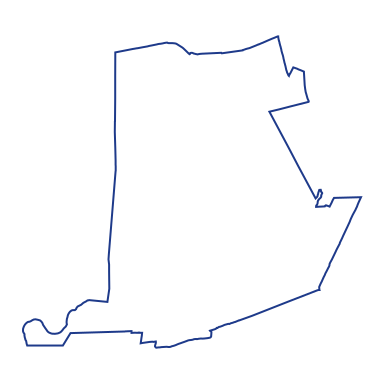 Teslui, Olt, Romania
{"feature_id": "2599482B32514865350694", "entity_name": "Teslui", "entity_type": "district", "adm_level": 2, "iso_a3": "ROU", "parent_name": "Romania", "parent_adm1": "Olt", "projection": "robinson", "projection_center": [24.367, 44.554], "detail": "fine", "context": "isolated", "style": "outline", "palette": "blue", "viewbox_px": 384, "rotation_deg": 0, "n_neighbors": 0, "source": "geoboundaries", "source_scale": "gbopen_adm2", "svg_char_len": 5749}
<svg xmlns="http://www.w3.org/2000/svg" viewBox="0 0 384 384"><path d="M319.5,290.0L319.3,289.2L319.3,288.3L319.2,287.4L319.2,287.0L319.3,286.7L320.0,285.1L320.8,283.3L321.7,281.6L323.6,277.3L324.8,275.0L325.4,273.4L326.7,271.0L327.7,269.0L328.3,267.8L328.9,266.8L329.4,265.6L329.6,263.9L330.3,262.4L331.9,259.5L335.5,252.0L336.5,249.8L338.0,246.9L338.6,245.8L339.1,244.8L339.6,244.0L339.8,243.3L339.9,242.7L340.7,241.1L342.1,238.2L343.2,235.7L344.8,232.3L346.3,229.1L347.4,226.8L349.8,221.6L350.3,220.2L350.7,219.2L351.1,218.3L352.6,215.1L353.9,212.7L355.5,209.8L355.7,209.3L356.2,208.2L357.0,206.6L357.5,205.1L358.6,202.4L358.9,201.8L361.0,197.2L334.0,197.9L333.1,199.5L332.7,200.2L331.7,202.5L329.6,206.6L328.4,206.1L326.0,205.3L325.6,205.8L325.1,205.8L324.8,206.1L324.7,206.4L319.0,206.7L316.1,206.9L316.1,206.6L316.1,206.0L316.5,205.2L317.0,204.8L317.3,204.1L317.6,203.2L317.6,202.8L317.7,202.2L317.7,201.7L317.9,201.1L318.0,200.7L318.3,200.4L318.6,199.7L318.9,199.4L319.3,198.9L319.9,198.4L320.4,198.0L320.7,197.5L321.1,197.0L321.2,196.7L321.2,196.2L321.2,195.5L321.4,195.1L321.4,194.8L321.6,194.4L321.9,193.8L322.2,193.2L322.1,192.8L321.9,192.5L321.7,192.3L321.5,192.2L321.2,191.8L321.2,191.6L321.0,191.4L320.8,191.1L320.5,190.7L320.6,190.4L320.9,190.2L321.2,189.9L321.7,189.7L321.3,189.8L320.7,189.8L319.3,189.9L319.1,190.2L319.0,190.8L318.3,192.8L318.2,193.4L318.1,194.0L317.8,194.7L317.7,195.1L317.5,196.2L317.3,196.6L317.1,196.9L315.6,198.4L298.2,166.0L289.0,148.4L269.4,111.7L279.0,109.4L285.6,107.7L290.6,106.4L306.5,102.4L308.0,102.0L308.5,101.9L308.7,101.7L308.7,101.3L308.7,101.1L308.6,100.9L307.7,98.9L307.5,98.4L306.1,93.4L305.7,92.1L305.2,89.1L304.7,85.2L304.5,81.8L304.0,73.4L303.9,71.8L303.9,71.6L300.4,70.1L298.7,69.5L297.1,68.7L293.3,67.4L290.3,73.3L289.8,73.8L289.6,74.0L289.7,74.3L289.3,74.9L289.2,75.3L289.0,75.5L288.9,75.9L288.5,75.5L288.1,74.7L287.9,74.2L287.6,73.4L287.2,72.8L287.0,72.2L286.8,71.3L286.6,70.8L286.3,70.0L285.4,65.9L285.1,64.9L284.8,63.6L284.6,63.1L284.4,62.3L284.2,61.3L283.9,60.0L283.6,58.9L283.4,57.9L283.3,57.2L282.8,55.2L282.3,53.7L282.2,53.4L282.1,53.0L281.5,50.9L281.2,49.1L281.0,48.5L280.6,46.8L280.4,46.2L280.0,44.9L279.9,44.4L279.9,44.2L279.6,43.4L279.4,42.1L279.0,41.0L279.0,40.6L278.8,40.3L278.6,39.3L278.4,38.1L278.2,37.1L278.2,36.4L277.7,36.4L277.2,36.6L275.5,37.3L274.6,37.7L271.8,38.8L269.7,39.7L266.2,41.2L265.6,41.5L263.7,42.3L262.9,42.7L261.8,43.1L260.6,43.6L258.6,44.5L258.4,44.4L256.2,45.4L251.7,47.2L250.0,47.9L249.1,48.2L247.8,48.5L246.0,49.0L243.5,49.9L242.9,50.0L242.5,50.2L242.5,50.4L221.8,53.3L221.3,52.8L202.3,53.7L201.0,53.8L199.9,53.9L199.2,54.0L197.9,54.3L197.6,54.4L197.2,54.3L195.6,54.0L194.2,53.6L193.9,53.6L193.1,53.2L192.7,53.0L191.9,52.8L190.7,52.9L190.3,53.0L190.2,53.2L190.1,53.6L189.9,54.0L189.6,54.2L188.8,53.6L185.5,50.4L183.2,48.2L182.0,47.3L179.6,45.8L176.9,44.1L176.2,43.7L175.7,43.6L175.1,43.4L173.1,43.2L172.0,43.1L168.6,43.1L168.0,43.0L167.7,42.9L167.4,42.7L167.2,42.6L166.1,42.7L164.3,43.0L162.7,43.4L161.5,43.6L161.0,43.7L160.3,43.8L159.1,43.9L158.0,44.1L156.9,44.4L151.5,45.5L149.3,45.9L147.5,46.4L145.8,46.7L144.7,46.9L142.4,47.3L137.7,48.2L136.7,48.3L133.4,48.9L133.2,48.9L127.1,50.1L115.3,52.4L115.2,75.8L115.2,76.4L115.2,98.4L115.0,121.4L114.9,121.5L114.9,123.3L114.8,132.0L115.3,148.2L115.6,160.6L115.6,164.9L115.7,166.1L115.7,166.6L115.7,166.8L115.7,168.1L115.7,170.8L115.6,171.0L109.0,252.4L108.9,253.6L108.5,259.4L109.1,264.6L109.1,271.6L109.3,288.8L107.4,301.9L89.1,300.1L88.2,300.4L87.5,300.4L86.1,301.4L83.4,302.8L81.1,304.8L77.6,306.5L76.3,308.3L76.1,309.1L74.9,310.1L74.2,310.1L72.8,310.1L71.5,310.5L69.9,311.8L68.8,313.3L68.1,314.7L67.8,315.5L67.5,317.0L66.9,318.9L66.6,321.5L66.6,322.9L66.9,324.4L65.8,326.5L63.7,328.5L62.6,330.0L61.2,331.6L59.8,332.6L57.8,333.4L55.0,333.8L52.4,333.7L51.3,333.5L49.1,332.6L48.1,331.9L47.4,331.2L46.6,330.0L45.3,328.2L44.1,326.4L43.1,324.9L42.4,323.0L41.3,321.5L40.0,320.4L37.9,319.8L35.5,319.3L33.8,319.5L32.3,320.2L30.9,321.1L29.6,321.7L28.6,321.8L27.6,322.1L26.3,323.1L25.0,324.5L23.9,326.4L23.3,328.1L23.1,328.7L23.0,330.1L23.1,331.6L23.6,332.8L24.2,333.6L24.5,334.2L24.4,335.0L24.5,335.8L24.8,337.5L25.2,338.7L25.4,339.8L25.6,340.1L26.1,340.8L26.2,341.4L26.4,342.3L26.5,343.0L26.6,343.6L26.7,344.0L26.9,344.5L27.2,345.5L62.9,345.5L70.5,333.1L124.7,331.5L126.0,331.3L127.1,331.3L131.5,331.1L131.5,332.9L134.8,332.7L137.0,332.8L138.8,332.8L138.8,332.6L139.2,332.6L139.2,332.8L142.1,332.8L141.8,335.8L141.5,337.6L140.7,343.3L142.2,343.0L149.8,341.9L152.5,341.7L153.1,341.8L153.4,341.9L155.8,341.5L155.9,342.3L155.8,342.6L155.8,343.1L155.4,344.5L155.2,345.0L155.0,346.0L155.0,346.3L155.1,346.6L156.0,347.6L156.4,347.7L158.5,347.4L159.5,347.4L161.6,347.1L163.2,347.0L166.2,346.8L166.7,346.8L167.7,346.9L168.4,347.0L169.6,347.0L170.0,346.9L170.6,346.8L171.7,346.3L173.7,345.8L174.9,345.4L176.0,345.0L176.6,344.7L178.5,343.9L180.6,343.2L182.5,342.5L183.7,342.1L185.1,341.6L185.5,341.4L186.2,341.2L188.2,340.4L189.7,340.1L191.0,340.0L192.7,339.7L193.5,339.4L194.0,339.2L194.7,339.1L195.8,339.0L196.0,339.0L196.4,339.1L196.8,339.0L197.2,339.1L197.8,339.0L198.5,338.8L200.2,338.6L201.2,338.5L201.8,338.6L202.8,338.6L204.3,338.5L207.0,338.2L207.7,338.1L209.4,337.8L210.3,337.5L210.6,337.3L211.1,336.6L211.2,335.5L211.3,334.5L211.3,333.7L211.4,333.2L211.4,332.5L211.4,332.0L211.3,331.7L211.1,331.6L210.2,331.0L210.0,330.7L213.3,329.7L215.2,329.1L215.7,328.8L216.1,328.6L216.7,327.9L217.4,328.0L217.6,327.8L219.0,326.9L219.8,326.8L220.7,326.5L222.6,325.8L224.5,324.9L225.6,324.6L228.1,323.9L228.7,323.9L229.2,324.0L229.6,323.9L230.7,323.3L232.9,322.7L234.4,322.1L235.1,322.0L238.9,320.4L239.0,320.5L252.1,315.8L288.0,301.7L317.1,290.4L318.4,290.0L319.5,290.0Z" fill="none" stroke="#1e3a8a" stroke-width="2"/></svg>